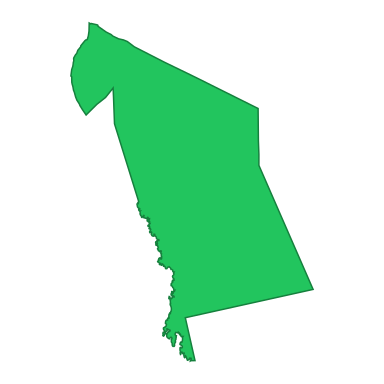 outline of Central Kwara'ae, Malaita, Solomon Islands
{"feature_id": "97153195B68911878451033", "entity_name": "Central Kwara'ae", "entity_type": "district", "adm_level": 2, "iso_a3": "SLB", "parent_name": "Solomon Islands", "parent_adm1": "Malaita", "projection": "equal_earth", "projection_center": [160.74, -8.813], "detail": "fine", "context": "isolated", "style": "filled", "palette": "green", "viewbox_px": 384, "rotation_deg": 0, "n_neighbors": 0, "source": "geoboundaries", "source_scale": "gbopen_adm2", "svg_char_len": 6036}
<svg xmlns="http://www.w3.org/2000/svg" viewBox="0 0 384 384"><path d="M91.2,23.5L90.7,23.9L89.2,23.0L89.0,31.1L88.3,36.0L87.3,39.3L86.8,39.8L85.9,39.9L85.0,40.6L80.9,45.6L80.6,46.9L77.8,50.3L76.7,53.5L75.6,54.6L73.8,57.8L73.6,58.7L73.8,60.6L73.2,63.0L73.2,63.8L72.8,66.3L71.7,69.6L70.9,76.0L71.7,76.8L71.8,82.3L72.2,84.3L72.9,86.6L73.5,90.2L74.3,92.1L75.6,96.9L76.9,100.2L79.3,103.9L80.0,105.7L82.5,109.7L86.1,115.0L97.0,104.2L105.5,97.5L113.1,88.0L113.5,96.7L114.5,123.8L138.7,201.6L138.3,203.2L137.9,202.7L137.0,204.1L137.5,206.9L138.2,207.8L139.8,208.8L139.8,209.1L139.2,209.5L138.7,209.5L138.7,209.9L139.1,210.7L139.6,211.0L140.3,211.0L139.9,211.4L140.3,213.3L140.0,213.7L140.0,214.0L140.5,214.7L140.6,215.4L141.1,215.7L141.6,217.3L142.0,217.5L142.2,217.3L142.2,216.7L143.2,216.3L143.8,215.4L144.0,215.5L143.7,216.7L143.8,217.7L144.7,217.8L145.1,218.2L146.1,218.2L146.5,218.6L147.0,218.6L148.0,216.8L147.6,219.1L148.1,219.2L148.4,218.3L148.8,218.8L149.5,218.7L149.4,219.4L147.3,219.9L147.1,220.8L147.3,220.9L147.9,220.4L147.8,221.1L148.0,221.6L148.5,221.8L149.5,221.2L149.6,221.5L149.1,221.8L149.0,222.4L149.2,223.3L149.4,223.5L150.1,223.4L150.0,223.7L149.3,224.0L149.1,224.9L148.4,225.0L147.9,225.7L148.1,226.3L148.4,226.3L148.7,225.7L149.1,225.6L149.5,226.1L149.7,227.1L149.1,228.0L149.0,228.6L149.4,228.9L150.0,228.4L150.3,228.5L150.7,229.4L150.7,229.7L149.6,231.7L149.6,232.0L149.9,232.6L151.0,231.9L151.5,232.0L151.7,232.6L151.2,234.1L151.8,235.3L152.3,235.9L153.4,236.2L153.9,236.0L154.4,235.4L153.9,234.6L154.0,234.2L154.7,234.3L154.9,236.0L155.8,236.4L156.2,236.9L156.5,238.5L157.6,239.6L158.7,239.6L159.0,240.1L158.9,240.5L158.7,240.5L158.0,240.2L157.0,240.7L157.4,241.6L157.3,241.9L156.6,241.5L155.9,241.7L155.6,242.7L156.0,243.9L157.2,243.5L157.4,243.6L156.8,244.7L155.9,244.9L156.0,245.2L156.7,245.4L157.4,245.3L157.5,245.9L157.9,246.2L157.8,246.5L158.3,247.6L157.5,248.8L157.6,249.1L158.1,249.4L158.3,250.6L159.2,251.1L159.5,251.6L159.8,251.7L160.3,251.0L160.8,250.8L161.3,251.1L160.8,253.1L161.0,253.7L161.5,253.8L161.2,255.1L161.7,256.6L161.3,256.9L161.3,257.2L161.6,257.3L161.7,257.9L161.5,258.9L161.3,259.1L160.6,258.9L159.9,257.8L158.9,258.4L158.5,259.6L158.9,259.8L158.9,260.2L157.7,261.3L157.6,261.6L157.7,261.9L158.4,262.1L159.4,263.1L159.5,263.4L159.4,264.4L159.6,264.6L160.1,264.5L160.4,263.6L160.6,263.8L160.6,264.7L160.8,264.8L161.1,264.0L161.4,264.5L161.4,265.2L161.8,265.3L162.0,265.2L162.2,264.3L162.6,264.0L162.9,264.6L163.7,265.1L163.6,266.3L164.1,266.4L164.2,266.2L164.5,266.2L165.1,266.7L165.6,268.6L166.8,268.7L167.8,267.2L168.8,267.0L169.1,266.7L170.5,268.0L171.0,269.4L171.5,269.3L172.7,270.1L172.7,270.8L172.9,271.6L174.2,272.0L173.6,272.8L173.6,273.4L174.0,274.0L173.6,274.9L172.7,275.8L172.5,276.5L173.1,278.1L173.9,278.8L174.1,279.6L174.0,280.3L173.2,280.5L173.0,280.1L172.7,280.2L172.3,281.0L172.7,281.3L172.7,281.8L172.4,281.7L172.2,281.9L172.4,282.3L172.1,282.7L171.2,283.7L171.4,284.7L171.0,285.0L171.2,285.7L172.0,286.0L172.4,286.5L172.7,287.4L173.5,288.2L173.9,290.0L174.4,290.4L174.8,290.3L174.5,290.9L174.4,290.7L174.2,290.8L174.4,291.2L173.9,291.5L173.7,291.0L173.1,291.4L173.3,292.1L173.1,293.4L172.8,293.5L172.5,293.9L172.5,293.2L172.2,293.1L172.3,292.6L172.1,291.7L171.7,291.6L171.6,292.3L171.7,293.0L171.9,293.1L171.9,293.3L171.0,294.0L171.1,294.3L171.5,294.3L171.2,294.9L171.5,295.0L171.6,295.4L172.1,295.9L173.5,295.9L173.4,296.4L174.1,296.7L174.0,297.1L173.4,296.9L172.8,296.4L172.8,296.8L172.3,297.1L172.3,297.8L171.6,298.1L171.6,298.6L171.3,298.8L170.4,298.1L170.0,298.2L169.9,297.7L169.9,296.9L169.2,296.5L169.0,297.0L168.9,298.1L169.2,297.9L170.0,299.4L170.1,300.2L170.4,300.6L170.3,302.0L170.6,303.4L170.4,304.4L170.2,304.3L170.2,304.8L170.8,306.0L171.3,307.7L171.4,309.2L171.1,311.3L170.9,311.4L170.5,312.3L170.4,313.3L169.9,313.1L169.9,313.5L169.7,314.0L169.2,314.0L169.0,314.4L168.8,316.5L169.0,318.1L168.5,318.3L168.1,318.0L167.5,318.9L167.5,320.1L166.4,320.1L165.7,321.1L165.4,323.1L165.5,323.6L166.2,324.0L166.5,324.6L166.0,326.3L165.3,326.5L164.9,327.2L163.7,327.7L163.4,328.1L163.5,329.3L164.0,330.2L164.7,330.9L164.8,332.2L164.3,332.5L163.4,332.1L163.1,332.4L162.9,333.6L163.1,334.8L162.8,335.4L163.0,335.8L163.6,336.1L164.2,335.5L164.7,334.3L165.9,333.5L165.9,333.2L165.4,332.9L165.3,332.5L165.7,331.8L167.1,330.6L167.3,329.7L166.8,329.2L166.9,328.8L167.7,329.0L167.9,329.5L169.1,329.8L169.3,330.1L169.2,330.5L170.0,330.3L170.1,330.8L169.9,331.1L168.9,331.3L168.6,332.0L168.2,331.9L167.6,332.8L166.7,334.7L166.7,336.2L167.3,337.5L168.9,338.7L169.6,338.8L169.9,338.1L170.8,337.2L171.2,337.2L172.0,338.2L171.8,338.9L171.3,339.6L171.4,340.3L171.3,341.2L171.5,342.3L172.2,343.3L172.2,344.9L172.5,345.9L173.0,346.4L174.1,346.4L174.6,345.7L174.5,344.5L174.7,343.5L175.6,341.9L175.3,341.2L175.4,340.3L175.9,339.4L175.9,338.5L176.2,337.7L176.0,337.0L176.0,336.2L176.3,336.2L176.4,335.7L176.1,335.7L175.2,334.9L175.1,333.9L175.3,333.3L175.8,332.4L177.9,332.9L178.2,332.1L178.8,332.8L178.8,333.2L179.1,333.5L179.4,333.2L179.7,333.7L179.4,334.1L179.5,334.4L179.9,334.8L180.1,334.6L180.1,334.0L180.5,334.3L180.4,334.7L180.8,335.8L181.4,336.7L181.8,336.7L182.3,336.4L183.0,336.4L182.6,336.9L182.5,340.2L181.9,342.2L181.5,342.4L181.2,342.0L180.8,342.1L180.3,342.8L180.0,343.8L180.0,344.5L181.3,345.2L181.5,345.6L182.1,345.9L182.4,347.0L182.3,347.5L181.7,348.0L180.8,347.7L180.5,347.4L180.0,347.8L180.0,350.1L180.4,351.5L180.1,353.0L180.5,354.5L180.7,354.4L181.0,352.4L181.9,352.0L182.2,352.3L182.6,353.6L183.2,353.6L184.0,353.0L184.2,353.3L183.9,353.7L183.8,355.0L184.2,357.1L184.7,357.6L185.1,357.0L185.2,355.9L185.5,355.7L186.2,357.0L187.4,360.2L187.9,360.3L188.4,359.5L189.4,359.1L189.8,358.1L190.0,358.1L190.3,358.3L191.0,358.2L191.3,358.9L190.9,360.0L190.4,360.1L190.3,361.0L190.8,360.7L195.0,360.6L185.3,317.7L313.1,289.4L258.9,165.4L258.9,154.5L258.4,140.8L258.1,108.5L195.9,77.5L164.6,62.3L134.3,46.8L127.3,41.5L123.4,39.9L118.5,38.8L112.9,36.1L111.2,34.6L106.1,32.0L98.0,26.3L97.9,25.3L97.1,24.8L91.2,23.5Z" fill="#22c55e" stroke="#15803d" stroke-width="1.5"/></svg>